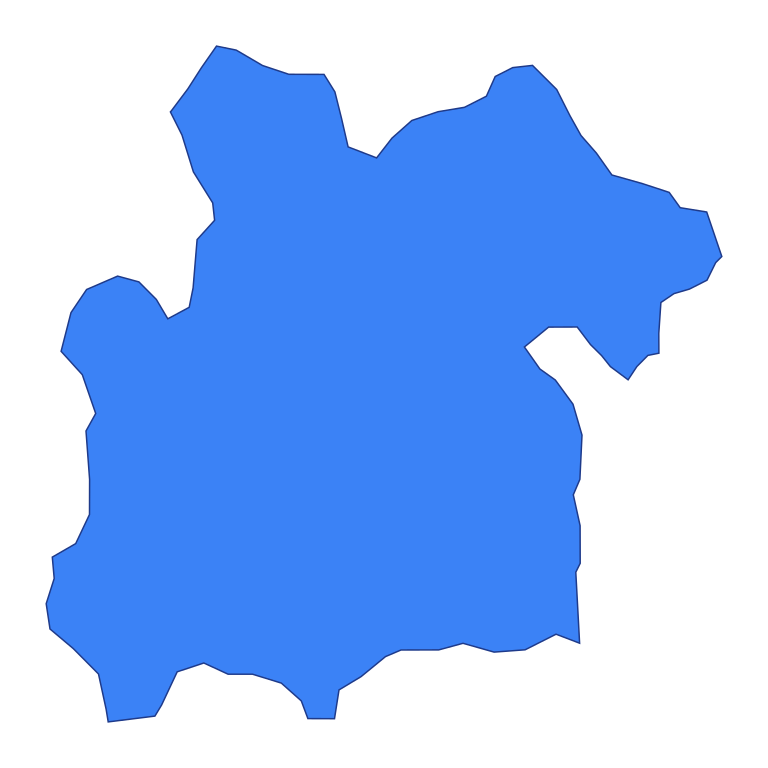 outline of Hultsfred, Kalmar, Sweden
{"feature_id": "70781695B5554293763510", "entity_name": "Hultsfred", "entity_type": "district", "adm_level": 2, "iso_a3": "SWE", "parent_name": "Sweden", "parent_adm1": "Kalmar", "projection": "albers", "projection_center": [15.84, 57.428], "detail": "fine", "context": "isolated", "style": "filled", "palette": "blue", "viewbox_px": 768, "rotation_deg": 0, "n_neighbors": 0, "source": "geoboundaries", "source_scale": "gbopen_adm2", "svg_char_len": 1364}
<svg xmlns="http://www.w3.org/2000/svg" viewBox="0 0 768 768"><path d="M579.6,643.2L575.8,572.2L580.2,563.3L580.1,525.7L573.3,494.8L579.9,479.3L582.0,435.1L573.0,404.2L555.3,380.0L539.9,369.0L524.4,347.0L548.6,327.1L577.2,327.0L590.5,344.6L601.6,355.6L610.4,366.6L628.1,379.8L636.9,366.5L647.9,355.4L658.9,353.2L658.8,333.3L660.9,302.5L674.0,293.6L689.4,289.1L707.0,280.2L715.7,262.6L721.8,256.5L706.7,212.0L680.2,207.7L669.2,192.4L642.7,183.7L611.9,175.0L596.4,153.1L581.0,135.5L570.0,115.8L556.7,89.5L532.5,65.4L512.7,67.6L495.2,76.5L486.4,96.2L464.5,107.3L438.1,111.7L411.8,120.5L392.0,138.1L376.6,157.9L348.1,146.9L341.5,118.3L334.9,91.9L324.0,74.4L288.8,74.3L262.5,65.5L236.2,50.1L216.5,46.1L201.5,67.6L187.9,88.8L171.3,110.9L170.4,111.9L182.0,135.1L193.4,171.9L212.7,202.9L214.6,220.3L197.1,239.6L193.1,287.9L189.2,307.3L167.8,318.8L156.3,299.4L138.9,281.9L117.6,276.1L86.6,289.5L71.0,312.6L61.1,351.3L82.3,374.7L95.7,413.5L86.0,431.0L89.6,479.5L89.5,514.5L75.7,543.6L52.3,557.1L54.2,578.5L46.2,603.7L50.0,629.0L73.3,648.6L98.5,674.0L106.1,709.1L108.2,721.9L154.9,716.1L161.6,705.0L177.2,671.8L203.8,663.0L228.1,674.2L252.5,674.2L281.3,683.1L301.3,700.9L307.9,718.6L334.5,718.7L339.0,689.9L361.1,676.6L385.5,656.6L401.0,650.0L438.7,649.9L463.0,643.3L494.1,652.1L525.1,649.8L556.0,634.2L579.6,643.2Z" fill="#3b82f6" stroke="#1e3a8a" stroke-width="1.5"/></svg>